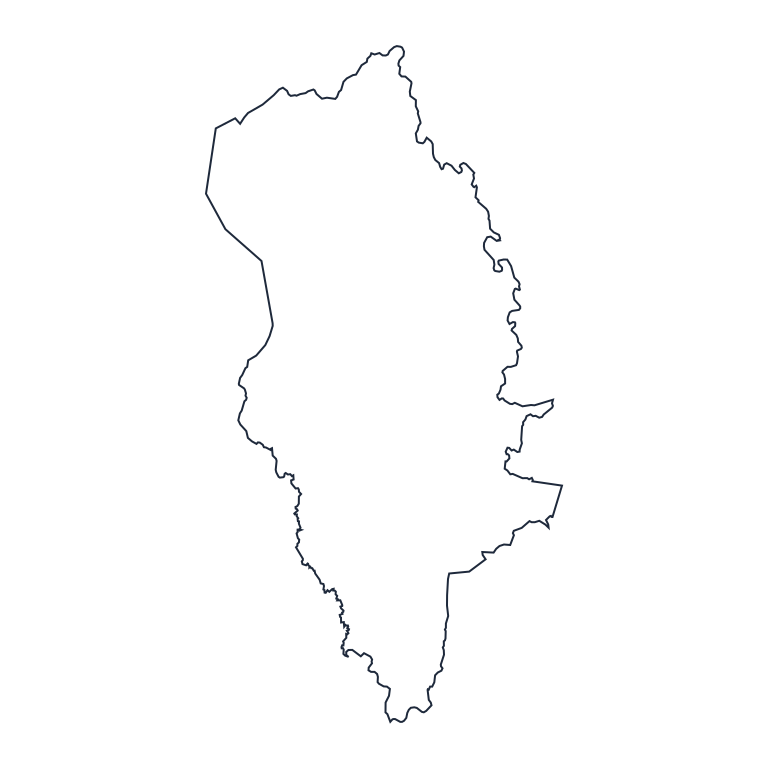 the district of Me, Agnéby, Ivory Coast
{"feature_id": "98640826B88194950838049", "entity_name": "Me", "entity_type": "district", "adm_level": 2, "iso_a3": "CIV", "parent_name": "Ivory Coast", "parent_adm1": "Agnéby", "projection": "natural_earth1", "projection_center": [-3.666, 5.937], "detail": "fine", "context": "isolated", "style": "outline", "palette": "slate", "viewbox_px": 768, "rotation_deg": 0, "n_neighbors": 0, "source": "geoboundaries", "source_scale": "gbopen_adm2", "svg_char_len": 6075}
<svg xmlns="http://www.w3.org/2000/svg" viewBox="0 0 768 768"><path d="M296.0,547.3L302.9,558.8L302.8,560.2L301.8,561.4L302.5,564.1L306.1,565.3L307.6,563.5L308.1,563.8L308.4,565.3L309.5,566.2L309.4,567.5L310.3,566.8L311.3,568.2L312.3,568.2L313.8,570.8L314.6,570.7L315.2,573.5L319.6,579.7L320.7,583.4L323.4,584.0L324.0,586.0L323.4,589.5L324.4,590.0L324.6,592.6L325.7,592.8L327.5,590.2L329.3,591.8L332.2,589.1L333.6,588.8L333.3,590.5L334.7,590.6L335.8,591.6L335.6,594.3L337.2,595.9L336.3,598.6L337.9,599.3L337.3,600.4L340.3,600.3L342.3,605.2L342.2,606.0L340.4,606.6L341.1,608.4L343.5,610.6L343.3,611.8L342.1,612.6L342.5,613.9L339.7,614.9L340.1,616.9L341.0,617.5L341.1,622.5L343.8,622.1L344.2,626.7L345.5,624.9L346.3,625.6L347.9,625.5L348.2,626.6L347.3,628.1L349.0,629.2L348.6,630.2L346.9,630.7L348.4,633.2L347.2,634.4L346.2,634.0L346.3,637.8L343.1,641.4L343.7,642.8L343.4,645.4L342.2,645.3L341.5,647.1L341.7,648.3L343.0,648.2L343.7,649.6L343.4,653.9L345.1,655.6L348.6,656.9L346.3,655.0L346.2,652.0L348.4,650.0L352.3,649.9L360.8,656.3L364.0,653.2L370.4,656.6L372.1,659.5L371.6,661.6L372.0,663.3L368.7,667.6L368.5,670.3L371.1,671.9L374.6,671.9L377.1,674.0L377.9,676.9L377.6,682.1L378.9,683.7L383.7,686.4L386.9,686.6L389.9,688.9L389.0,695.8L385.6,702.5L385.5,712.4L387.4,714.1L390.3,721.8L392.5,719.3L393.8,719.0L395.2,719.1L400.3,721.9L402.0,721.9L404.0,720.8L406.3,717.9L407.3,712.9L408.8,709.8L410.8,707.8L414.3,707.3L416.8,707.9L421.9,711.9L423.8,712.3L426.2,710.9L431.5,705.3L430.8,702.6L428.8,699.9L427.6,689.9L427.8,689.3L428.7,689.7L430.1,686.6L432.2,686.6L434.3,682.3L435.1,675.3L437.8,672.5L441.4,670.7L442.5,668.3L441.0,666.3L440.8,664.6L444.0,654.7L443.8,650.2L442.8,647.4L443.9,645.8L443.8,641.3L444.9,640.4L445.5,638.5L445.7,631.1L444.9,629.6L445.9,627.8L445.9,623.5L448.2,616.0L447.0,605.6L447.1,595.1L448.0,579.0L449.2,573.5L469.2,571.6L485.6,559.3L482.7,555.0L482.3,552.0L493.6,552.6L496.2,548.8L499.5,546.0L504.0,544.5L510.2,545.0L513.9,535.2L512.9,533.1L513.8,530.8L521.7,527.9L529.5,521.1L531.6,522.2L534.8,522.2L539.3,520.8L545.4,524.6L548.6,527.7L548.2,524.4L546.0,520.0L549.7,516.3L550.9,515.9L551.5,516.9L552.5,517.0L562.0,485.6L532.4,481.3L532.8,480.0L531.8,477.9L529.1,479.3L527.2,478.1L522.5,478.2L512.7,473.9L510.3,474.3L507.4,470.5L504.7,468.7L505.5,461.4L506.6,461.5L509.4,458.4L509.1,455.4L507.7,454.1L506.6,454.2L505.7,451.7L507.5,447.7L509.2,447.9L511.6,450.5L513.8,449.6L517.3,452.0L519.6,451.6L519.7,449.6L521.9,443.3L521.2,439.9L522.1,426.2L523.2,424.8L523.1,422.2L525.4,419.5L526.6,416.1L530.5,414.3L533.0,416.2L535.7,415.8L539.2,417.7L542.1,416.9L543.7,414.5L552.2,407.6L552.9,405.9L552.0,403.3L553.0,399.7L534.5,405.3L531.0,405.0L522.5,406.3L514.8,402.8L512.2,404.1L509.9,403.8L504.6,400.5L503.1,398.5L501.8,398.4L499.5,399.9L497.5,397.2L497.3,394.7L498.9,393.5L500.5,389.7L501.0,386.3L505.1,383.5L505.1,379.0L504.0,374.5L502.4,372.4L502.7,370.9L507.5,366.8L510.8,366.9L516.1,365.2L517.0,363.2L518.0,356.4L516.9,351.7L517.2,350.6L520.9,349.0L521.8,347.7L521.4,345.7L518.1,341.9L517.8,338.4L516.3,334.9L511.6,330.5L512.0,328.9L515.1,326.1L515.3,323.1L514.9,322.3L512.9,322.1L509.5,324.0L507.6,320.5L507.9,317.2L509.7,312.4L512.1,310.9L518.9,309.9L520.2,308.3L520.2,306.5L519.5,305.4L514.4,299.7L513.2,293.3L514.8,289.0L515.7,288.6L519.2,290.1L519.9,289.6L519.0,286.3L519.6,284.2L518.5,281.7L514.3,277.6L511.1,266.1L507.2,259.6L503.7,259.5L498.8,260.6L498.3,261.5L498.6,263.9L502.0,267.5L502.1,269.8L501.7,270.8L499.4,271.7L495.2,271.0L494.3,270.3L493.6,268.1L494.4,264.7L493.7,260.0L484.5,249.8L483.9,246.3L484.1,242.9L487.2,237.2L490.7,236.6L496.7,240.9L499.7,240.4L499.0,239.7L499.8,239.5L500.1,238.2L498.9,234.8L493.8,232.4L490.1,228.7L489.5,220.6L488.5,218.9L488.9,215.9L488.1,211.7L486.2,208.8L478.2,201.9L478.6,200.3L475.5,197.3L476.9,187.3L476.2,185.7L474.2,187.2L473.5,186.8L471.7,184.4L474.0,178.5L473.3,174.6L474.3,172.9L465.9,164.0L463.4,163.0L460.3,164.8L459.8,166.6L461.5,168.4L461.9,170.5L461.3,172.0L458.8,173.3L454.9,170.0L451.5,165.7L446.7,163.2L444.2,164.6L443.0,168.7L441.6,169.2L440.2,166.9L439.1,163.1L435.3,160.0L433.8,157.1L433.0,153.7L432.7,144.1L431.2,141.4L426.7,137.7L424.4,141.9L422.8,143.3L418.7,142.6L417.0,141.4L415.8,133.4L417.9,129.7L418.6,125.9L420.5,123.3L420.5,122.2L417.8,113.4L418.2,111.4L415.8,106.3L415.9,100.1L410.3,96.0L409.8,91.6L411.5,83.3L411.2,81.8L405.4,76.6L401.5,76.4L399.3,73.8L400.2,67.1L398.6,65.6L398.4,63.6L399.4,60.4L403.5,55.9L404.0,51.6L402.1,47.6L400.5,46.7L396.8,46.1L394.1,47.1L389.6,51.0L387.9,54.5L385.8,55.5L382.6,55.4L379.4,53.0L374.7,54.5L371.3,53.3L370.4,55.9L367.4,58.6L366.8,61.9L361.6,65.2L356.0,74.6L353.0,75.1L346.8,78.4L343.5,81.8L341.1,90.0L338.9,91.9L337.1,96.8L335.3,98.9L326.9,97.7L322.0,98.7L316.5,94.0L314.7,90.4L313.4,89.5L308.1,91.3L305.6,93.1L300.2,94.1L296.5,95.7L295.0,95.2L290.8,95.9L288.6,94.3L287.1,90.9L282.9,87.7L279.2,89.4L273.7,95.2L262.6,104.6L248.0,113.0L244.2,117.5L240.1,123.8L235.2,118.3L215.8,128.4L206.0,193.7L225.4,229.2L261.5,261.0L272.6,323.2L272.7,325.9L269.6,336.1L265.3,345.1L256.2,355.6L248.2,360.3L247.2,366.9L245.4,368.2L242.2,375.1L240.1,377.9L238.8,383.9L239.1,385.0L244.1,388.4L244.9,389.7L246.0,393.4L245.5,395.7L246.7,397.8L246.1,399.8L244.4,401.3L241.7,410.6L239.9,413.4L238.3,420.3L240.3,424.5L246.3,431.1L247.9,437.9L252.0,441.4L256.5,443.9L257.9,442.4L259.8,442.6L262.8,444.8L263.9,447.2L266.0,447.5L270.5,449.9L270.8,448.8L272.0,448.2L272.7,455.6L276.0,458.8L276.6,460.9L275.7,469.8L276.3,472.4L278.6,476.8L279.8,477.6L283.3,477.2L284.1,476.6L284.7,473.7L285.7,473.0L287.9,474.5L290.3,474.2L291.9,476.1L293.3,475.3L293.6,479.5L291.1,480.4L291.4,483.4L295.6,488.5L298.0,488.2L298.8,489.5L299.0,491.8L301.1,494.0L298.9,496.5L298.8,503.7L297.3,506.1L295.5,507.0L295.7,508.6L297.1,509.3L297.7,510.6L294.3,513.5L294.8,514.4L296.9,514.5L296.7,516.2L298.2,518.2L297.6,518.8L297.9,521.2L299.0,521.4L298.9,523.7L300.5,527.7L299.5,529.4L301.2,529.9L299.4,530.6L298.5,529.5L297.6,529.6L297.6,532.2L296.6,533.4L297.9,538.2L299.2,539.6L298.9,542.4L297.4,543.8L297.4,545.9L296.0,547.3Z" fill="none" stroke="#1e293b" stroke-width="2"/></svg>